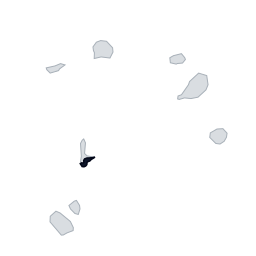 Tarrafal de São Nicolau on a map of Cabo Verde (Natural Earth projection), rotated 258°
{"feature_id": "CPV-5058", "entity_name": "Tarrafal de São Nicolau", "entity_type": "state/province", "adm_level": 1, "iso_a3": "CPV", "parent_name": "Cabo Verde", "parent_adm1": "", "projection": "natural_earth1", "projection_center": [-24.363, 16.58], "detail": "fine", "context": "in_parent", "style": "filled", "palette": "ink", "viewbox_px": 256, "rotation_deg": 258, "n_neighbors": 0, "source": "natural_earth", "source_scale": "10m", "svg_char_len": 1491}
<svg xmlns="http://www.w3.org/2000/svg" viewBox="0 0 256 256"><g transform="rotate(258 128 128)"><path d="M167.0,208.5L162.9,215.9L153.7,215.3L149.1,212.2L143.6,202.9L143.7,195.7L145.7,189.5L145.3,184.1L146.1,182.6L148.9,183.6L149.4,187.2L157.7,196.1L160.7,197.9L167.0,208.5ZM48.5,52.2L41.9,53.8L39.1,53.0L38.1,46.6L36.8,42.4L37.1,40.5L52.4,32.2L57.8,33.6L61.6,40.2L59.0,43.9L48.5,52.2ZM203.0,109.4L208.7,110.8L210.9,110.3L214.6,110.6L218.5,114.9L219.2,119.4L217.3,125.0L209.7,129.6L205.4,129.1L200.2,124.9L203.1,116.5L203.0,109.4ZM107.6,220.7L102.3,223.8L98.5,222.4L95.0,219.3L93.2,214.7L94.6,210.7L101.8,206.0L106.1,207.5L108.5,214.8L107.6,220.7ZM122.7,78.3L125.6,80.7L126.5,82.4L122.3,83.3L112.1,80.2L109.3,82.1L106.6,88.7L101.4,78.6L101.8,74.9L102.9,73.8L110.1,76.5L122.7,78.3ZM185.0,198.1L183.1,198.4L180.2,194.8L180.8,189.7L180.5,188.4L183.0,183.0L188.0,183.5L189.3,187.5L189.6,195.7L185.0,198.1ZM67.9,62.5L62.3,64.5L58.8,64.2L53.8,61.4L55.4,58.3L60.8,54.9L64.5,54.1L67.6,60.2L67.9,62.5ZM205.0,75.4L202.8,79.5L200.1,73.4L198.6,72.0L197.9,63.3L201.9,60.7L203.8,60.5L203.9,69.5L205.0,75.4Z" fill="#d9dde1" stroke="#a8b0b8" stroke-width="1"/><path d="M106.5,89.6L105.9,88.6L104.9,85.6L104.5,84.9L104.0,84.4L103.7,83.7L103.5,82.6L103.5,81.8L103.3,81.2L102.9,80.8L102.3,80.6L100.7,80.1L99.6,78.7L99.2,76.9L99.8,75.1L103.0,73.9L103.6,75.6L102.9,76.7L103.6,77.7L105.5,77.9L106.8,79.1L107.2,81.6L106.8,83.8L106.4,87.2L106.5,89.6Z" fill="#0f172a" stroke="#020617" stroke-width="1.5"/></g></svg>